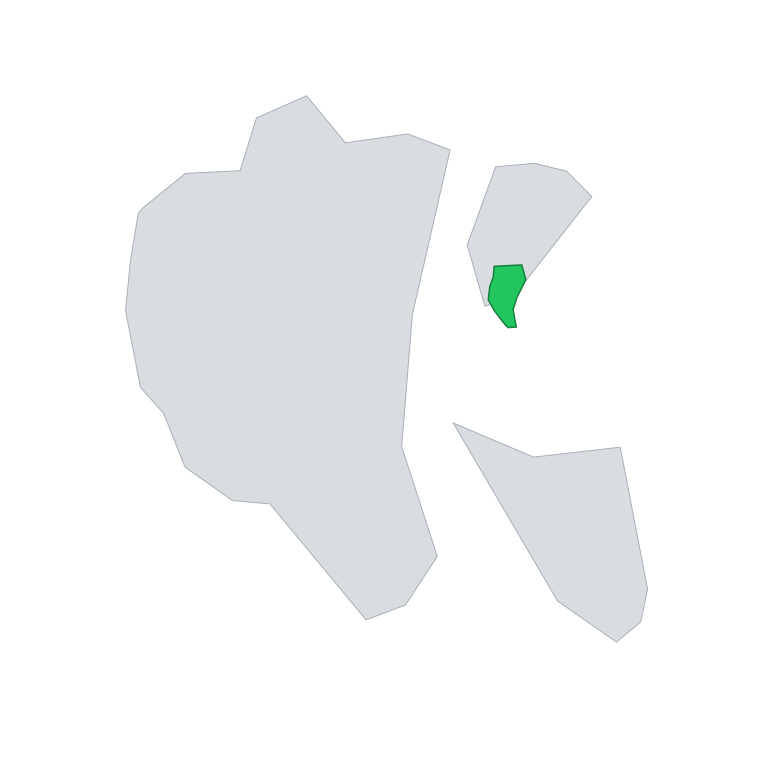 where Central and Western sits in Hong Kong S.A.R., rotated 259°
{"feature_id": "HKG-5153", "entity_name": "Central and Western", "entity_type": "state/province", "adm_level": 1, "iso_a3": "HKG", "parent_name": "Hong Kong S.A.R.", "parent_adm1": "", "projection": "orthographic", "projection_center": [114.135, 22.273], "detail": "fine", "context": "in_parent", "style": "filled", "palette": "green", "viewbox_px": 768, "rotation_deg": 259, "n_neighbors": 0, "source": "natural_earth", "source_scale": "10m", "svg_char_len": 870}
<svg xmlns="http://www.w3.org/2000/svg" viewBox="0 0 768 768"><g transform="rotate(259 384 384)"><path d="M298.5,213.1L301.9,209.8L340.4,172.8L397.2,162.1L427.1,144.3L505.3,144.3L553.3,158.6L598.5,175.4L602.8,180.8L628.6,229.2L620.8,283.4L669.5,309.6L681.7,362.9L628.1,392.1L625.0,454.9L601.1,493.5L446.5,425.0L319.2,389.4L204.7,403.4L163.0,363.0L155.9,321.4L288.0,249.2L298.5,213.1ZM276.9,603.8L132.4,603.6L101.5,590.6L86.3,563.0L137.6,513.1L332.5,444.5L283.7,516.9L276.9,603.8ZM558.1,603.7L528.3,623.7L446.2,528.8L441.0,497.9L504.5,492.2L575.9,535.0L571.9,573.9L558.1,603.7Z" fill="#d9dde1" stroke="#a8b0b8" stroke-width="1"/><path d="M414.7,524.7L415.7,516.6L418.4,514.6L424.2,511.6L434.6,506.4L446.6,502.4L459.5,506.4L468.1,511.6L478.5,514.6L474.6,542.0L459.3,543.1L443.4,530.9L432.2,524.9L414.7,524.7Z" fill="#22c55e" stroke="#15803d" stroke-width="1.5"/></g></svg>